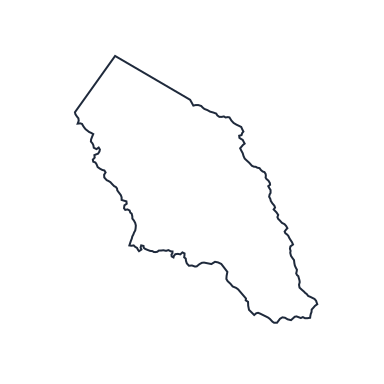 the district of Arneiroz, Ceará, Brazil, rotated 76°
{"feature_id": "56859067B67924871405928", "entity_name": "Arneiroz", "entity_type": "district", "adm_level": 2, "iso_a3": "BRA", "parent_name": "Brazil", "parent_adm1": "Ceará", "projection": "orthographic", "projection_center": [-40.1, -6.242], "detail": "fine", "context": "isolated", "style": "outline", "palette": "slate", "viewbox_px": 384, "rotation_deg": 76, "n_neighbors": 0, "source": "geoboundaries", "source_scale": "gbopen_adm2", "svg_char_len": 3644}
<svg xmlns="http://www.w3.org/2000/svg" viewBox="0 0 384 384"><g transform="rotate(76 192 192)"><path d="M342.6,107.8L341.0,107.2L339.1,106.3L337.4,105.1L335.0,104.3L333.7,102.3L332.2,100.2L331.2,97.6L329.3,97.8L327.6,97.9L325.4,99.0L323.7,101.0L322.4,102.5L321.0,104.4L318.7,105.4L317.3,106.6L315.8,107.4L313.4,109.1L310.8,110.8L307.9,110.6L305.5,109.3L303.6,109.1L301.2,109.2L299.4,109.2L298.0,110.2L296.2,110.6L294.5,109.7L292.8,109.0L290.5,109.6L288.2,110.0L285.8,109.9L282.8,109.5L280.4,110.5L277.9,111.4L274.8,111.4L273.0,110.6L270.8,110.7L268.6,109.7L267.4,106.7L265.0,107.1L263.0,107.8L260.6,108.6L257.7,109.2L256.0,110.2L254.6,111.4L252.8,111.7L251.3,109.9L250.2,108.2L247.7,108.9L245.6,110.0L243.7,112.2L240.5,113.9L238.9,114.9L237.0,115.2L235.1,113.9L232.1,115.0L228.7,117.0L227.2,115.2L225.2,115.4L222.4,116.8L219.7,117.7L217.5,117.7L215.3,118.3L213.2,117.3L211.9,116.0L209.1,115.3L207.1,116.0L204.8,116.6L203.9,114.5L202.1,114.3L199.5,115.1L197.4,116.6L195.8,117.1L194.1,116.4L192.3,116.2L190.2,116.9L189.2,118.5L187.4,119.8L185.2,120.7L184.2,122.8L183.0,124.0L182.4,125.8L181.1,127.5L179.2,128.5L177.5,129.4L174.5,131.4L172.3,132.8L169.5,133.3L166.7,133.4L163.6,134.2L161.2,134.7L159.8,132.7L158.7,131.2L157.8,129.2L155.5,129.8L153.7,130.2L152.3,131.7L150.9,132.9L148.8,132.6L148.8,130.2L146.9,129.0L145.8,127.5L143.2,128.1L140.8,128.5L138.7,131.0L137.4,132.6L135.1,134.9L132.2,136.5L128.7,137.6L128.0,139.1L127.8,141.4L126.4,142.8L126.3,145.1L125.7,147.3L123.8,148.9L121.8,149.5L120.1,152.0L118.4,155.0L116.3,157.2L114.4,159.9L112.5,161.3L110.8,162.2L109.2,164.8L108.5,167.7L108.5,169.8L102.1,171.5L41.4,233.7L86.3,286.3L88.4,286.3L90.9,285.4L93.0,284.4L95.5,284.7L98.0,286.4L98.4,283.7L99.4,282.2L101.4,281.7L103.3,281.0L105.3,280.1L107.1,278.7L108.9,277.3L110.2,275.6L111.9,273.8L114.3,275.6L116.6,277.2L118.6,277.9L120.8,276.8L122.8,276.4L125.3,276.6L127.3,274.3L126.3,271.8L128.5,271.1L130.3,272.0L132.1,273.9L132.3,276.0L132.6,277.8L135.1,278.1L136.6,280.4L138.7,280.5L140.0,278.6L142.0,277.9L145.0,277.5L147.1,275.7L148.9,273.7L149.9,271.8L152.1,271.1L154.0,273.1L156.7,273.6L159.9,271.9L161.0,270.5L162.7,268.8L165.3,267.4L167.5,266.1L168.7,264.7L170.5,263.9L172.3,264.1L174.1,263.4L175.7,262.7L177.9,261.8L180.1,261.6L182.7,262.2L184.2,259.7L185.2,257.9L187.6,258.2L188.6,260.8L191.3,261.9L193.2,261.1L193.3,258.8L194.9,257.0L197.0,256.9L198.4,255.8L201.1,255.8L203.4,256.3L205.6,255.3L208.3,254.6L210.9,254.6L213.6,255.5L215.6,256.4L217.3,258.0L219.2,259.3L220.7,260.7L222.5,261.6L224.6,263.1L226.3,264.2L228.7,265.7L229.5,263.8L229.7,261.5L231.5,260.4L232.9,258.9L235.0,258.4L236.6,257.7L235.6,255.0L233.4,255.3L231.5,254.2L232.6,252.1L234.5,252.3L235.9,251.2L237.4,249.2L239.0,246.9L239.8,244.7L241.0,243.5L241.5,241.9L241.6,240.1L240.8,238.4L241.3,236.3L241.6,233.9L242.8,231.4L242.7,228.9L244.4,227.0L245.0,225.3L246.6,225.8L247.8,227.1L249.6,227.3L251.0,225.8L249.6,225.0L248.3,223.2L248.6,220.7L249.7,218.4L248.3,215.9L249.8,214.1L251.8,214.7L253.5,215.4L255.1,214.2L257.3,214.5L260.0,214.3L262.8,212.8L263.3,209.8L265.1,207.1L265.3,205.4L263.8,202.2L263.1,199.5L263.4,197.4L266.6,190.6L265.3,186.6L266.6,183.8L268.9,181.0L273.0,179.2L278.1,177.0L281.7,178.7L284.7,179.7L287.1,179.0L290.5,176.8L293.5,175.4L295.7,172.4L297.6,170.8L308.4,165.4L310.1,166.1L312.1,164.2L316.0,165.0L320.1,165.2L326.4,161.4L325.2,159.0L325.2,157.1L326.5,155.3L330.9,150.1L332.2,148.6L333.9,147.2L337.3,145.3L338.7,144.0L339.4,141.1L336.3,137.3L335.5,134.6L336.5,132.2L338.7,130.0L340.3,126.9L337.9,122.5L338.0,120.7L340.6,116.9L340.2,114.7L341.8,112.9L342.4,110.4L342.6,107.8Z" fill="none" stroke="#1e293b" stroke-width="2"/></g></svg>